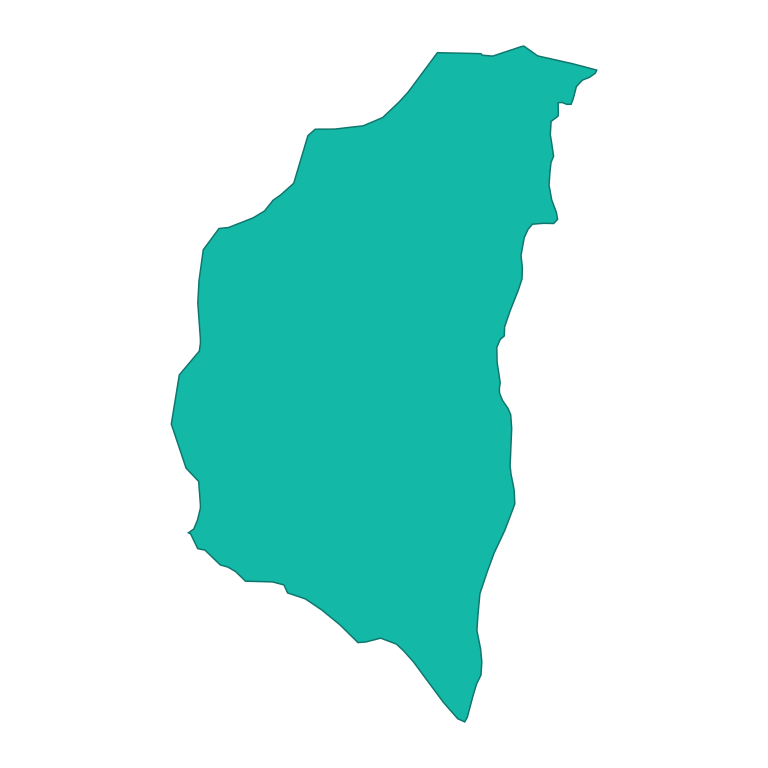 Sanquin Dist #1, Sinoe, Liberia
{"feature_id": "62588387B9002390323622", "entity_name": "Sanquin Dist #1", "entity_type": "district", "adm_level": 2, "iso_a3": "LBR", "parent_name": "Liberia", "parent_adm1": "Sinoe", "projection": "equal_earth", "projection_center": [-9.186, 5.483], "detail": "fine", "context": "isolated", "style": "filled", "palette": "teal", "viewbox_px": 768, "rotation_deg": 0, "n_neighbors": 0, "source": "geoboundaries", "source_scale": "gbopen_adm2", "svg_char_len": 1875}
<svg xmlns="http://www.w3.org/2000/svg" viewBox="0 0 768 768"><path d="M200.4,341.9L200.4,343.5L199.3,351.1L195.1,356.1L179.3,374.9L171.3,424.1L186.1,468.2L195.9,478.5L198.7,481.5L199.2,488.8L200.4,504.5L200.4,508.1L197.5,520.0L193.8,529.0L188.4,532.8L190.6,533.8L197.7,548.6L204.9,550.1L220.2,564.9L227.9,567.1L235.6,571.6L245.5,581.2L272.4,581.9L283.9,584.9L287.2,592.0L287.7,593.0L305.3,598.9L321.8,610.0L339.9,624.8L358.0,642.6L366.2,641.9L380.5,638.1L396.4,644.1L403.5,650.7L413.4,661.8L424.9,677.4L443.6,702.6L457.8,718.8L464.7,721.9L466.2,719.3L467.3,717.3L472.9,696.2L476.6,683.9L481.0,675.0L481.1,673.5L481.8,661.9L480.6,648.9L476.9,630.5L477.9,615.5L479.9,593.8L480.7,591.3L487.3,571.6L494.1,553.1L504.7,530.6L512.6,509.9L514.8,503.8L514.2,490.7L513.2,484.8L511.0,474.1L510.1,465.7L510.6,454.6L510.8,449.2L511.7,428.6L510.7,414.7L508.0,408.4L502.5,400.4L499.6,393.4L499.3,389.1L500.2,382.6L498.5,371.4L497.1,362.2L496.8,347.4L500.2,339.5L504.3,335.9L504.6,326.9L510.5,309.8L518.2,290.5L522.0,279.0L522.4,267.9L521.0,255.6L524.2,237.7L528.1,229.3L532.4,224.2L543.6,223.3L553.7,223.5L557.6,219.4L556.4,212.4L551.7,199.9L549.0,184.9L549.2,182.8L549.9,173.0L551.0,162.5L553.6,156.2L551.8,143.9L550.3,134.6L551.1,121.4L558.0,116.2L558.4,112.7L558.1,102.7L562.1,102.5L566.7,104.3L571.1,104.3L573.2,98.8L576.4,86.6L582.3,80.2L589.7,77.2L595.4,73.1L596.7,70.1L594.4,69.5L585.8,67.2L571.7,63.5L566.1,62.3L537.7,55.9L529.8,50.3L523.9,46.1L521.2,46.6L492.7,56.1L482.3,55.2L481.0,53.7L470.4,53.4L437.4,52.7L408.2,92.0L405.3,95.2L399.2,101.9L382.6,117.6L379.4,118.9L375.3,120.7L362.9,125.9L356.1,126.6L334.6,129.1L315.3,129.2L313.6,130.6L311.5,132.5L307.9,135.7L293.7,183.3L280.4,195.1L273.1,200.2L264.5,211.0L253.2,217.8L232.4,226.0L228.6,227.5L219.0,228.5L203.3,249.7L199.0,280.7L197.8,303.1L200.4,338.9L200.4,341.9Z" fill="#14b8a6" stroke="#0f766e" stroke-width="1.5"/></svg>